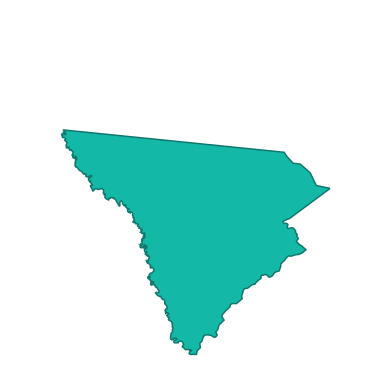 Aceguá, Cerro Largo, Uruguay (Equal Earth projection), rotated 321°
{"feature_id": "84410073B6991751353050", "entity_name": "Aceguá", "entity_type": "district", "adm_level": 2, "iso_a3": "URY", "parent_name": "Uruguay", "parent_adm1": "Cerro Largo", "projection": "equal_earth", "projection_center": [-54.46, -31.833], "detail": "fine", "context": "isolated", "style": "filled", "palette": "teal", "viewbox_px": 384, "rotation_deg": 321, "n_neighbors": 0, "source": "geoboundaries", "source_scale": "gbopen_adm2", "svg_char_len": 6043}
<svg xmlns="http://www.w3.org/2000/svg" viewBox="0 0 384 384"><g transform="rotate(321 192 192)"><path d="M288.6,219.1L131.7,63.4L131.0,63.0L130.8,63.6L131.2,65.1L130.3,65.8L130.2,66.2L131.0,66.8L131.0,67.1L130.1,67.7L129.6,67.7L129.5,67.3L130.0,65.5L129.7,64.8L129.4,64.8L129.2,65.5L128.8,65.9L128.0,65.9L127.6,65.1L126.6,65.5L126.6,66.8L125.9,67.4L125.8,68.2L127.3,69.7L127.4,71.2L127.0,71.5L125.9,71.3L125.6,72.8L125.7,73.3L126.1,73.5L126.2,73.8L125.8,74.9L125.4,75.4L123.4,76.6L122.2,78.7L122.4,79.1L122.8,79.1L123.3,79.6L124.0,79.1L124.7,79.6L124.5,80.2L123.8,80.6L123.3,82.6L123.5,82.9L124.3,82.9L124.7,83.2L124.5,84.7L124.8,85.7L123.9,87.1L122.1,87.6L122.0,88.1L122.8,88.7L122.5,89.2L121.6,89.4L121.2,90.2L121.2,90.9L121.7,91.4L122.2,92.6L122.5,92.7L122.6,92.2L123.1,92.1L123.3,91.7L123.1,91.0L123.6,90.7L123.8,90.8L123.8,91.7L124.1,92.4L123.7,93.5L123.1,93.9L121.5,94.0L120.5,95.1L120.3,95.9L119.3,95.8L118.8,96.8L117.8,97.7L117.6,98.5L117.5,99.4L118.3,100.6L118.1,104.4L119.1,106.0L119.1,109.8L119.5,110.3L120.3,110.1L120.5,110.6L120.5,112.1L119.8,112.5L119.5,112.8L119.5,113.3L120.0,114.3L120.7,115.0L121.3,115.3L123.2,115.0L124.3,116.1L124.2,116.5L123.7,116.7L120.1,116.5L119.2,117.4L119.0,118.0L119.1,118.9L120.0,119.6L119.9,119.9L118.9,120.1L119.2,121.1L119.2,123.6L118.8,124.1L117.9,123.2L117.0,123.3L116.7,123.6L116.4,126.0L115.6,128.6L116.2,129.1L116.7,129.1L117.7,128.3L118.5,128.6L119.6,129.3L121.0,131.2L121.8,131.7L123.5,132.0L124.3,133.4L124.5,134.8L124.0,135.6L122.6,136.7L122.3,137.4L122.9,137.9L122.0,138.9L122.3,139.2L122.7,138.9L123.2,139.0L122.8,139.8L121.0,141.1L120.9,143.0L122.1,145.7L122.6,145.6L123.0,144.7L123.5,144.7L124.5,145.5L124.8,145.2L126.0,145.4L126.4,146.6L127.6,147.2L127.5,147.8L127.2,148.1L127.8,149.4L127.8,150.1L127.2,152.5L127.1,155.0L126.5,156.1L126.6,157.0L126.9,157.3L127.4,157.2L128.3,156.2L129.0,154.9L130.4,154.2L131.2,154.4L131.7,155.2L131.5,156.2L130.7,157.3L130.6,159.7L130.8,160.1L131.3,159.7L132.4,160.3L132.3,160.7L131.4,161.4L131.1,162.5L131.3,163.8L132.2,165.0L132.3,165.5L130.8,165.3L130.1,166.1L129.8,167.0L129.9,167.7L130.7,169.1L131.1,168.2L131.5,168.1L131.9,168.4L131.9,169.0L132.5,170.0L132.4,171.6L131.2,172.6L131.0,173.6L130.1,174.6L130.2,175.0L130.6,175.3L130.5,175.8L129.8,176.4L129.6,177.7L127.7,177.8L127.1,178.3L127.3,178.9L128.8,179.6L128.8,180.1L128.2,180.8L128.3,181.2L128.4,181.6L129.5,182.0L129.9,182.7L129.8,183.2L128.8,183.5L128.4,184.0L128.3,184.5L128.8,185.2L129.0,186.2L128.0,186.5L128.3,187.0L128.9,187.3L129.0,187.9L128.8,188.9L129.7,189.1L129.9,189.4L129.1,189.9L128.8,190.5L128.1,190.2L127.6,191.0L126.9,190.9L127.5,191.7L127.0,192.5L128.0,193.4L127.7,194.3L128.2,194.4L128.9,193.7L129.3,194.1L128.6,195.5L127.8,195.9L127.1,195.6L127.1,196.3L126.8,196.7L127.2,197.2L126.9,197.6L126.2,197.7L125.6,196.3L125.0,196.6L125.1,197.0L124.8,197.6L124.0,197.1L123.1,197.2L122.8,197.6L122.9,198.4L122.0,198.4L121.6,199.0L121.5,200.1L120.7,201.2L120.3,201.3L119.5,200.1L119.0,201.3L118.4,201.2L118.1,200.8L118.1,202.0L117.1,202.1L117.2,202.9L117.7,203.7L118.2,203.9L118.8,203.6L118.9,204.6L119.2,204.7L120.0,204.6L121.0,203.1L121.8,202.9L122.1,203.6L121.5,204.1L121.4,205.0L122.7,205.2L122.9,205.5L121.6,207.1L121.1,206.9L121.2,205.7L120.2,206.1L119.9,207.0L119.2,206.4L118.3,207.5L117.7,209.0L118.5,210.3L119.0,210.0L119.0,210.7L118.2,211.0L116.9,210.6L116.6,211.0L116.7,211.4L117.0,211.4L117.0,212.4L116.7,212.8L117.1,213.5L117.2,214.0L117.8,213.9L118.0,213.4L118.2,213.6L118.0,214.4L118.1,215.5L117.9,216.0L117.3,216.1L114.3,218.2L114.0,217.8L114.1,217.0L113.5,216.5L113.3,217.5L112.9,217.7L113.0,218.0L113.3,218.2L112.7,218.5L112.6,219.0L113.3,220.1L113.5,223.0L112.2,224.2L111.9,224.8L112.3,225.3L112.9,224.8L113.6,225.1L114.1,227.0L113.6,227.3L113.1,228.8L112.6,229.4L110.8,229.5L110.0,229.8L108.8,229.0L106.6,229.3L106.2,229.9L106.2,231.2L105.4,231.9L105.1,231.6L104.9,230.4L104.3,230.2L103.7,230.8L103.4,231.5L103.6,232.3L104.5,233.5L104.4,233.8L104.0,233.9L103.9,235.3L105.2,237.0L105.6,238.0L105.0,238.3L104.2,237.7L103.9,237.4L103.9,236.4L103.4,236.1L101.8,237.8L101.7,238.3L102.2,239.1L103.4,238.6L104.0,238.8L104.2,239.1L103.9,239.9L104.8,240.8L104.4,241.1L104.5,241.9L104.0,242.4L104.2,242.8L104.1,243.5L104.6,244.1L104.2,246.5L104.2,248.0L103.2,249.2L102.5,249.0L101.4,247.6L100.2,247.5L100.0,248.4L100.2,249.1L100.1,250.0L100.9,252.7L102.2,253.6L101.6,254.6L101.5,256.9L102.6,258.1L102.2,259.5L100.5,261.8L100.8,263.9L99.6,266.9L98.7,267.1L98.0,266.5L96.3,267.2L96.4,268.7L95.5,269.0L95.1,269.9L96.3,269.9L97.3,270.6L97.0,272.4L96.2,271.8L94.7,272.1L94.9,273.2L94.5,273.9L95.4,275.1L93.4,276.4L93.4,277.1L94.6,279.8L93.3,282.7L91.8,284.4L91.6,285.8L89.7,286.9L89.1,288.5L87.0,288.6L84.5,290.8L82.9,292.7L83.4,294.3L84.6,294.8L85.6,294.1L87.8,295.9L87.7,297.2L84.9,296.2L83.5,296.9L83.4,298.1L86.4,300.5L87.6,299.8L89.6,300.8L90.4,302.5L89.2,305.7L87.9,305.7L87.0,306.4L87.6,308.4L87.7,310.5L90.2,312.0L90.4,313.6L91.6,313.4L91.8,314.9L89.3,314.8L88.0,315.9L88.5,317.2L93.3,321.0L95.9,318.8L100.6,318.2L102.7,314.5L105.6,314.3L109.7,311.6L112.1,311.3L114.4,313.0L116.6,315.4L117.2,317.5L118.3,319.3L119.6,319.5L121.5,319.0L122.4,315.7L125.3,315.3L129.2,312.4L136.3,311.7L136.7,307.9L138.4,306.4L143.3,305.6L149.1,305.2L150.9,303.7L152.9,303.9L156.3,306.7L163.9,306.5L164.7,304.5L170.6,300.4L172.1,300.2L174.8,301.8L180.3,301.8L182.7,303.2L185.6,302.5L191.7,302.4L192.4,300.8L193.9,300.5L194.8,301.4L196.9,302.1L197.9,303.4L198.3,306.8L200.3,307.6L202.5,307.6L204.0,306.9L206.1,306.6L210.1,308.2L214.2,305.6L215.8,303.7L220.9,303.4L222.9,302.7L226.7,302.3L228.4,304.1L233.3,306.1L235.6,307.7L239.2,308.7L244.2,308.6L243.3,302.6L242.3,300.3L242.1,296.4L242.6,295.5L244.6,295.5L245.5,294.7L245.6,292.2L246.9,291.4L247.0,288.5L248.1,287.4L248.2,284.0L247.0,282.5L243.9,281.0L243.4,279.5L245.5,278.2L246.1,277.3L245.6,275.6L243.8,274.4L243.6,273.6L243.9,272.5L244.6,272.3L247.0,272.7L251.3,274.0L300.9,276.1L301.1,275.4L292.7,265.2L295.9,251.4L293.7,238.4L288.7,233.3L288.1,224.5L288.6,219.1Z" fill="#14b8a6" stroke="#0f766e" stroke-width="1.5"/></g></svg>